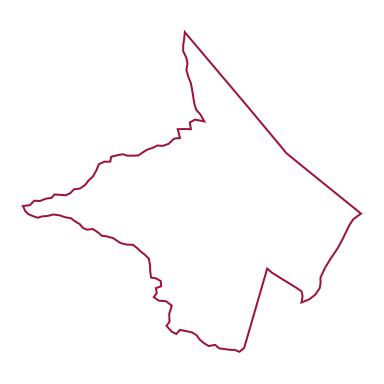 São João do Sul, Santa Catarina, Brazil (Albers equal-area conic projection)
{"feature_id": "56859067B43932485433682", "entity_name": "São João do Sul", "entity_type": "district", "adm_level": 2, "iso_a3": "BRA", "parent_name": "Brazil", "parent_adm1": "Santa Catarina", "projection": "albers", "projection_center": [-49.843, -29.193], "detail": "fine", "context": "isolated", "style": "outline", "palette": "rose", "viewbox_px": 384, "rotation_deg": 0, "n_neighbors": 0, "source": "geoboundaries", "source_scale": "gbopen_adm2", "svg_char_len": 1726}
<svg xmlns="http://www.w3.org/2000/svg" viewBox="0 0 384 384"><path d="M186.4,70.0L188.2,76.3L190.9,83.4L192.2,90.2L193.2,96.6L194.5,104.4L196.3,109.9L200.5,114.6L204.3,121.4L195.0,119.6L189.8,122.5L190.9,129.2L183.8,129.0L177.7,129.2L180.0,137.9L174.0,138.7L168.5,143.9L162.7,145.9L157.6,145.5L152.2,148.0L147.0,149.7L142.4,152.7L138.5,155.4L132.4,155.7L127.4,155.7L123.0,154.2L118.0,155.1L111.2,156.7L110.3,161.6L104.4,161.7L98.9,164.2L96.2,170.7L92.8,176.7L88.6,180.4L85.5,184.6L80.0,188.5L74.1,189.3L70.2,193.2L65.7,195.3L59.8,194.8L54.5,194.5L51.5,197.9L45.8,198.7L40.0,201.0L34.2,200.7L29.9,205.2L23.0,206.0L25.2,211.0L28.4,214.2L32.7,216.0L37.7,217.7L42.2,216.4L47.3,216.0L53.4,214.5L59.8,215.4L65.0,217.2L70.9,218.2L75.5,221.6L79.8,224.2L82.9,227.9L87.1,229.7L92.8,229.0L98.2,232.6L101.8,235.8L106.4,236.3L113.1,238.1L120.4,243.0L126.7,244.6L132.9,244.8L137.0,247.9L140.6,251.4L144.9,254.8L148.8,258.6L150.1,265.6L150.2,271.4L151.1,277.6L156.0,278.4L160.8,281.1L161.1,286.3L156.0,288.1L156.7,293.1L153.8,297.2L158.6,300.6L165.9,301.2L171.8,305.6L169.2,313.9L169.5,321.7L166.5,325.9L171.8,331.7L176.3,334.0L180.0,329.9L187.4,331.4L192.0,332.4L196.4,335.0L199.9,339.8L203.6,342.9L208.6,346.0L215.2,344.9L219.1,348.4L223.6,348.9L228.6,349.7L234.8,349.9L239.5,351.8L244.2,347.9L267.2,268.6L272.1,272.8L277.2,275.9L281.7,278.8L295.6,287.3L301.5,291.3L302.6,296.0L301.5,302.5L309.7,299.1L315.4,294.5L319.7,288.2L320.6,283.0L320.4,277.8L325.2,267.5L331.1,257.9L337.2,249.0L340.7,242.8L343.8,236.7L349.1,225.6L353.2,219.3L361.0,213.6L301.6,165.6L294.3,159.6L286.3,153.1L279.6,144.9L245.9,104.5L184.8,32.2L184.1,39.5L183.2,45.3L183.2,51.3L186.3,57.6L187.5,63.6L186.4,70.0Z" fill="none" stroke="#9f1239" stroke-width="2"/></svg>